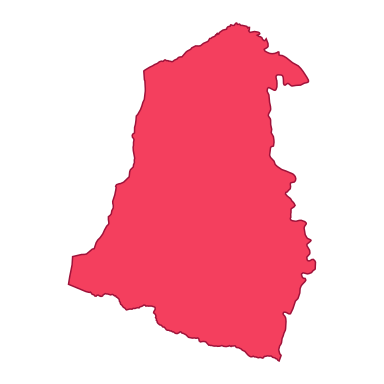 outline of Santa Sofía, Boyacá, Colombia
{"feature_id": "7082276B71220292123998", "entity_name": "Santa Sofía", "entity_type": "district", "adm_level": 2, "iso_a3": "COL", "parent_name": "Colombia", "parent_adm1": "Boyacá", "projection": "mercator", "projection_center": [-73.594, 5.735], "detail": "fine", "context": "isolated", "style": "filled", "palette": "rose", "viewbox_px": 384, "rotation_deg": 0, "n_neighbors": 0, "source": "geoboundaries", "source_scale": "gbopen_adm2", "svg_char_len": 5950}
<svg xmlns="http://www.w3.org/2000/svg" viewBox="0 0 384 384"><path d="M266.2,38.8L265.0,40.5L264.2,40.7L263.1,39.9L262.4,39.1L262.0,37.9L260.6,36.8L258.9,36.4L257.2,35.2L259.5,34.2L259.8,33.6L259.3,32.7L258.0,32.1L254.5,31.5L250.1,32.4L249.0,31.4L248.7,30.6L249.3,30.1L249.5,27.4L248.8,27.3L247.7,27.9L246.9,26.5L246.1,26.2L242.0,25.3L240.7,25.4L239.6,24.1L238.1,24.4L237.3,24.4L236.9,23.2L236.4,23.0L235.7,23.3L234.1,25.4L232.5,25.4L231.3,24.9L230.6,24.9L230.1,26.3L229.4,26.3L227.7,26.9L227.1,27.6L226.5,29.2L222.9,30.1L220.0,32.1L219.3,32.8L218.8,34.0L218.2,34.1L218.2,33.6L217.5,33.3L216.9,33.6L216.6,34.8L215.7,34.8L214.8,36.3L212.2,37.3L211.0,38.4L209.7,38.5L208.4,40.8L207.7,41.5L203.4,43.4L200.6,45.7L198.8,46.0L195.6,45.9L191.7,47.9L191.2,48.7L190.3,49.5L187.4,51.0L186.0,52.1L182.0,56.8L179.9,57.0L178.4,57.5L177.0,59.0L174.5,60.1L172.9,61.4L172.0,61.7L169.6,61.1L168.8,61.2L168.2,60.7L166.3,60.6L165.3,59.9L164.6,60.0L163.2,61.3L162.5,61.4L161.8,61.1L160.4,61.4L159.2,61.9L157.4,63.4L154.5,64.6L152.7,65.8L149.7,67.2L144.9,70.1L143.8,71.0L144.4,79.8L144.9,80.9L145.3,88.7L145.3,91.1L144.3,99.5L142.9,102.4L141.9,105.9L140.5,109.6L137.7,114.5L136.3,116.0L136.0,120.1L135.4,124.5L134.6,127.4L134.5,132.9L132.8,134.1L132.2,135.3L132.4,137.1L133.5,138.5L134.0,139.8L133.5,142.3L133.5,145.3L133.1,147.2L133.3,150.7L134.7,158.2L134.3,160.0L134.4,162.7L133.5,164.8L133.3,166.9L130.4,169.8L129.7,171.7L129.2,176.8L123.6,182.2L120.2,183.7L119.3,183.7L116.5,184.7L115.6,186.3L116.2,187.4L115.7,190.4L114.8,194.9L112.7,201.4L112.8,203.3L113.3,205.6L113.2,208.1L111.8,210.7L111.3,213.8L110.2,215.3L108.4,216.7L108.4,219.7L108.8,222.3L108.8,223.8L107.8,225.1L106.7,226.1L104.6,229.9L102.8,233.9L100.1,237.7L97.8,240.0L96.2,242.6L94.2,248.7L92.3,249.1L86.5,254.0L84.4,254.4L81.5,254.5L72.6,256.6L72.1,264.8L69.7,276.8L68.5,284.3L86.0,291.6L88.8,292.3L89.7,292.4L90.5,292.1L92.2,294.3L93.7,294.7L95.0,296.1L96.3,296.1L96.9,295.3L98.2,295.1L99.0,295.5L99.3,295.9L100.0,295.9L100.3,296.3L101.3,296.4L102.5,296.0L103.3,294.8L105.3,293.6L106.2,293.9L107.7,294.0L110.6,294.9L112.2,294.4L113.1,294.7L114.6,295.9L115.6,295.8L116.3,297.0L117.2,297.4L118.9,299.0L119.3,299.9L119.4,301.2L120.4,302.7L120.3,303.2L120.7,304.3L121.6,304.9L123.3,307.2L125.2,308.4L126.0,309.6L126.5,309.9L129.9,309.0L132.1,309.2L133.1,308.4L135.0,308.5L137.1,307.7L139.1,307.9L139.7,307.0L142.1,306.2L144.0,305.0L145.3,305.4L145.8,306.1L147.4,305.9L148.3,306.1L151.4,306.0L154.5,307.0L155.1,307.5L155.2,309.3L153.8,311.7L153.6,312.8L155.0,314.0L155.8,315.3L155.9,316.8L155.5,317.6L156.5,318.9L156.3,320.3L157.2,321.2L157.2,322.2L157.9,323.3L159.6,324.8L161.4,325.3L162.7,326.9L164.4,327.2L166.4,329.8L167.3,330.2L168.9,330.3L170.2,331.0L171.2,330.9L172.5,331.9L173.4,331.8L175.3,333.3L176.9,333.6L177.5,333.5L179.0,332.7L180.2,331.8L180.8,331.8L181.8,333.0L183.6,333.5L186.0,334.8L188.5,337.3L192.3,338.1L194.5,337.9L196.0,338.3L197.8,337.9L198.9,339.0L199.2,340.9L199.7,341.1L200.3,341.9L203.1,341.4L205.6,341.7L208.8,345.2L209.4,345.1L210.7,345.5L211.3,345.4L214.1,346.1L216.3,346.0L217.6,346.3L219.6,346.2L221.9,345.5L223.6,346.3L226.2,346.6L228.6,346.1L229.4,345.6L231.1,346.5L231.8,345.9L232.7,346.1L234.3,345.8L235.2,345.9L236.2,347.3L236.9,347.6L238.6,347.7L241.5,349.2L242.2,350.1L244.9,351.4L247.7,354.7L249.1,355.9L250.5,356.7L251.9,356.8L253.2,356.2L254.6,356.9L255.9,356.9L258.2,357.8L260.2,357.4L262.7,358.1L263.6,357.6L263.9,356.8L264.5,356.4L265.9,356.3L267.2,355.8L269.6,356.1L270.9,356.0L271.5,356.2L272.6,357.3L275.0,357.9L275.7,358.6L276.9,358.9L277.9,360.3L279.1,361.0L281.1,355.5L280.8,354.9L279.7,353.7L278.7,349.7L279.7,345.8L280.7,344.5L281.5,342.7L282.1,338.4L283.2,335.8L283.9,333.3L285.4,330.0L285.6,328.5L286.0,321.6L285.8,318.9L285.5,317.5L284.7,316.1L283.3,314.5L283.1,313.3L283.6,312.4L284.8,312.1L286.3,312.5L288.7,313.8L289.9,313.9L290.5,313.7L292.9,308.7L295.4,301.1L297.9,298.6L298.4,297.3L299.8,293.0L300.1,288.6L301.0,286.2L302.0,284.7L305.1,281.4L305.8,280.2L305.6,279.3L305.1,278.4L303.4,278.3L302.2,277.0L301.5,274.8L301.6,273.9L303.1,272.8L307.4,273.9L309.0,273.6L311.5,272.6L313.2,270.5L314.9,269.4L315.2,268.9L315.5,262.2L314.9,260.9L313.4,259.4L311.9,259.5L309.8,260.8L309.0,260.9L308.1,260.8L307.1,259.8L306.8,257.2L309.7,253.9L309.9,252.8L309.6,250.3L307.1,246.0L306.8,244.8L307.2,244.0L310.5,241.3L311.0,240.4L310.7,239.9L307.5,238.4L306.7,237.4L305.2,234.7L304.1,228.1L304.5,226.5L306.2,224.0L306.3,223.5L306.0,222.7L304.8,221.6L301.2,220.3L299.2,220.4L296.3,221.2L295.2,221.2L292.2,220.7L290.8,219.9L290.4,219.1L290.3,218.2L290.8,217.4L290.7,214.0L291.0,212.5L291.0,209.3L291.4,208.6L294.0,206.9L295.1,205.4L294.1,203.4L293.2,202.2L292.0,201.1L290.5,198.6L287.3,196.1L285.5,194.0L285.8,192.4L287.3,191.9L288.6,190.2L289.9,189.2L290.3,188.5L290.6,186.4L290.3,184.8L290.4,183.3L291.1,182.7L294.3,182.0L295.4,180.7L295.8,178.8L295.3,176.8L294.4,175.4L292.9,174.0L286.4,171.2L281.7,169.5L277.3,166.5L275.2,164.5L274.0,161.1L270.5,157.4L269.6,155.2L270.6,147.4L271.7,146.5L273.2,146.2L273.5,145.9L274.0,142.3L273.9,140.1L273.4,136.6L271.2,132.7L271.7,129.3L270.7,124.8L270.6,120.0L270.3,118.8L268.3,115.8L268.5,114.1L270.5,110.2L270.7,109.1L270.5,106.6L269.6,102.5L268.9,94.9L267.2,91.5L267.2,90.1L267.6,88.4L268.5,87.6L269.0,87.6L274.1,90.2L275.0,90.3L275.7,89.9L276.2,89.0L276.9,86.9L277.0,83.6L276.8,80.6L276.5,79.9L276.0,77.2L276.1,76.1L276.9,75.2L277.8,74.8L281.1,75.0L282.1,75.4L282.8,76.3L283.2,77.6L283.4,79.7L283.5,83.3L283.8,84.3L284.3,85.0L285.2,85.1L287.1,83.7L287.9,83.4L288.6,83.7L291.3,85.8L292.1,86.0L296.0,85.4L300.6,85.1L304.3,83.2L306.9,82.6L308.0,82.2L308.5,81.4L308.4,80.1L306.8,77.2L303.1,71.5L300.8,68.5L298.3,65.9L292.5,62.7L286.4,57.8L284.1,56.4L282.1,55.5L280.5,55.4L279.0,54.9L279.0,52.7L278.8,52.0L278.1,51.9L277.0,52.6L274.7,53.4L272.2,53.7L269.7,53.4L267.1,52.3L265.0,51.1L264.4,50.1L264.2,49.3L266.6,47.9L267.6,47.1L268.1,46.3L268.0,43.5L266.2,38.8Z" fill="#f43f5e" stroke="#9f1239" stroke-width="1.5"/></svg>